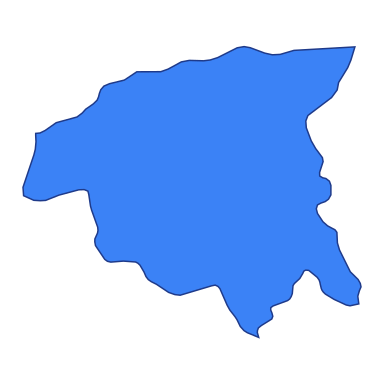 SVG path tracing the border of Chlef
{"feature_id": "DZA-2200", "entity_name": "Chlef", "entity_type": "Province", "adm_level": 1, "iso_a3": "DZA", "parent_name": "Algeria", "parent_adm1": "", "projection": "mercator", "projection_center": [1.303, 36.195], "detail": "fine", "context": "isolated", "style": "filled", "palette": "blue", "viewbox_px": 384, "rotation_deg": 0, "n_neighbors": 0, "source": "natural_earth", "source_scale": "10m", "svg_char_len": 1907}
<svg xmlns="http://www.w3.org/2000/svg" viewBox="0 0 384 384"><path d="M35.7,133.4L40.0,133.0L45.1,130.5L56.2,122.7L77.0,117.0L82.3,113.0L85.7,109.2L93.3,103.9L97.1,100.2L98.5,97.0L99.4,93.4L100.8,89.7L103.9,86.1L109.5,83.7L124.3,80.1L136.8,71.8L160.8,71.7L168.1,69.1L181.3,61.9L189.3,60.4L203.5,60.8L210.2,60.0L217.7,57.6L237.2,47.8L244.1,46.6L250.2,47.7L264.7,53.1L272.4,54.8L280.2,54.4L293.9,50.4L354.9,46.9L350.9,60.1L347.7,67.7L338.6,82.5L337.2,89.9L331.6,97.5L307.9,115.5L305.8,121.0L306.3,127.8L311.2,140.8L315.6,148.5L322.4,157.6L323.1,161.6L319.6,172.4L319.7,176.0L322.7,177.8L325.9,178.5L329.4,181.2L330.9,185.4L330.9,194.9L328.5,199.2L325.2,201.6L320.9,203.1L317.5,204.9L316.3,208.8L317.5,213.5L322.9,221.7L327.5,225.8L335.1,229.9L336.9,232.4L337.4,242.9L339.5,250.0L350.3,271.8L358.1,279.5L360.3,283.4L361.0,286.9L359.4,290.7L357.8,296.2L358.8,303.9L350.0,305.8L346.2,305.0L334.1,299.4L325.4,294.1L323.4,292.2L322.1,290.4L321.3,288.6L320.3,284.4L319.9,282.3L319.1,280.0L317.2,277.3L308.8,270.4L305.8,270.1L304.2,270.8L303.5,271.8L303.2,272.5L302.8,273.4L299.8,278.5L294.3,283.6L293.0,285.7L292.3,293.6L291.2,296.6L289.7,299.0L287.6,300.6L273.2,305.9L270.8,307.6L270.7,310.0L271.9,312.9L272.8,316.3L271.8,319.0L261.4,325.5L258.4,327.9L257.5,330.4L257.3,332.5L258.7,337.4L247.3,332.7L244.0,330.6L240.3,326.5L237.0,319.7L235.1,316.8L229.8,310.0L227.1,305.1L219.9,288.6L218.0,286.4L215.2,285.1L211.7,285.8L180.2,295.2L174.9,294.6L168.6,292.4L156.5,284.3L151.3,281.7L148.3,279.6L146.0,276.6L144.0,272.0L140.0,265.2L137.9,263.2L135.6,262.0L123.4,261.1L110.8,262.1L107.4,261.3L104.7,259.3L95.5,245.6L94.8,241.8L94.9,238.9L97.5,233.1L98.0,230.4L97.7,227.2L91.6,210.1L90.5,206.1L88.8,194.5L87.9,191.1L84.2,189.6L78.8,189.8L59.0,195.1L45.6,200.4L40.2,200.7L33.8,200.3L23.6,195.7L23.0,187.3L33.9,154.9L35.3,149.3L36.0,141.8L35.7,135.5L35.7,133.4Z" fill="#3b82f6" stroke="#1e3a8a" stroke-width="1.5"/></svg>